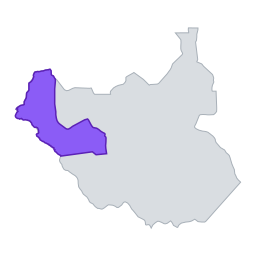 Western Bahr el Ghazal highlighted on a map of South Sudan
{"feature_id": "SDS-873", "entity_name": "Western Bahr el Ghazal", "entity_type": "State", "adm_level": 1, "iso_a3": "SSD", "parent_name": "South Sudan", "parent_adm1": "", "projection": "robinson", "projection_center": [25.577, 8.526], "detail": "fine", "context": "in_parent", "style": "filled", "palette": "violet", "viewbox_px": 256, "rotation_deg": 0, "n_neighbors": 0, "source": "natural_earth", "source_scale": "10m", "svg_char_len": 6729}
<svg xmlns="http://www.w3.org/2000/svg" viewBox="0 0 256 256"><path d="M214.6,211.4L206.4,220.7L205.8,221.3L204.8,222.0L201.4,222.0L198.0,221.6L194.8,219.2L191.6,221.0L189.6,221.6L188.3,221.8L185.5,222.1L181.4,223.1L179.6,224.4L178.6,225.4L177.8,227.2L177.4,227.4L176.7,227.2L175.6,226.5L173.5,225.4L172.4,223.1L171.4,221.7L170.6,220.9L167.2,223.3L165.5,223.8L164.1,223.7L161.7,222.4L158.9,221.3L157.5,221.3L155.4,222.7L153.0,224.8L151.8,226.9L151.2,228.1L150.3,226.2L149.5,225.0L148.4,224.6L146.1,225.0L145.5,224.4L145.4,222.8L145.1,221.3L144.5,220.2L142.7,219.1L138.1,216.8L134.6,212.3L132.9,210.3L131.6,208.9L129.7,205.4L127.6,203.0L125.1,201.8L123.5,202.4L121.7,205.0L118.5,207.4L117.0,207.5L115.1,206.2L112.7,205.2L108.4,204.8L106.7,206.0L104.3,207.9L102.4,209.0L101.2,209.1L100.0,208.7L98.7,208.4L97.6,208.4L95.3,206.7L94.1,205.4L93.3,204.2L92.0,203.4L90.5,202.7L89.4,201.6L88.9,200.3L88.0,198.6L86.9,197.0L83.4,194.2L82.4,192.6L81.7,191.0L80.2,189.2L78.7,186.9L78.2,183.4L78.1,180.6L77.8,179.3L77.2,178.0L76.4,176.9L75.2,175.7L72.3,173.9L69.4,171.8L68.0,170.6L65.3,170.2L63.7,169.0L62.3,166.4L61.8,164.3L60.4,162.7L59.8,161.5L59.5,160.1L60.6,156.0L59.0,154.5L56.7,152.6L55.0,150.6L54.0,148.7L51.0,146.2L44.5,142.4L40.8,140.0L38.7,137.8L36.9,135.7L36.7,134.9L37.9,132.8L38.1,131.0L37.1,129.1L33.2,125.5L30.1,121.6L27.8,120.3L22.1,119.2L20.5,118.8L18.8,118.0L17.1,116.3L16.5,114.1L17.4,110.8L16.8,109.7L15.9,109.5L16.2,108.8L17.2,107.1L19.0,106.1L23.6,104.4L23.9,103.7L24.0,101.6L24.4,100.6L26.0,97.7L26.2,96.5L26.3,94.0L26.5,92.9L27.0,92.0L28.3,90.6L28.7,89.7L28.9,87.8L28.8,84.0L29.4,82.5L32.4,79.1L33.2,77.6L33.4,76.2L33.4,74.8L33.6,73.5L34.5,72.1L35.2,71.7L37.4,71.3L38.8,71.6L49.2,69.2L50.4,69.6L50.9,70.9L50.9,73.2L51.1,74.2L51.6,75.0L53.3,76.0L54.4,77.8L55.0,78.4L56.7,79.7L64.4,89.7L66.5,90.7L68.6,90.4L72.8,88.3L74.9,87.7L89.5,88.3L91.2,88.0L91.3,88.0L93.5,93.1L94.6,94.3L110.6,94.3L110.3,92.9L110.5,91.3L113.3,88.2L113.7,87.8L116.2,86.3L118.6,85.3L123.3,84.2L125.0,82.4L125.9,80.7L125.9,77.4L126.5,76.8L127.6,76.1L133.0,73.1L133.9,72.5L143.4,79.4L148.8,84.8L149.1,85.0L149.4,85.1L149.7,84.9L149.9,84.7L150.6,84.5L152.9,84.4L157.2,84.1L158.6,83.5L167.2,73.8L169.4,70.7L169.9,70.1L171.2,67.9L172.5,64.1L172.8,63.7L182.2,54.6L182.5,53.9L182.6,53.3L181.1,50.3L180.8,48.7L180.8,46.4L181.0,42.6L180.9,40.3L180.8,39.7L180.7,39.5L175.4,32.9L188.7,32.8L188.7,32.0L188.7,31.7L188.4,30.9L188.3,29.8L188.3,29.2L188.4,28.7L188.4,28.4L188.3,28.1L188.4,27.9L198.0,28.0L197.9,29.9L196.8,34.4L196.8,37.0L196.5,40.1L196.2,41.0L195.7,41.7L195.6,42.1L195.6,42.4L197.7,59.4L197.5,60.1L197.0,61.2L196.9,61.5L196.8,61.8L197.1,62.0L201.5,63.8L201.9,64.1L203.5,66.2L212.3,74.3L212.6,74.7L213.5,77.2L213.6,77.6L213.7,78.2L213.6,78.7L213.4,80.2L213.5,80.9L213.7,81.4L213.8,81.9L213.8,82.0L213.7,82.4L212.4,85.3L212.0,87.4L211.9,89.2L212.0,90.2L212.1,90.8L212.2,91.1L212.4,91.2L216.1,91.2L216.1,92.1L216.7,107.5L216.7,109.2L216.6,111.4L216.1,112.2L215.1,113.4L213.7,114.6L210.3,114.8L207.5,114.8L205.5,114.6L202.8,114.5L200.2,114.7L199.2,115.6L195.9,123.8L194.8,125.8L194.5,127.0L194.9,127.7L196.2,128.8L199.1,130.2L202.5,131.1L205.0,131.4L206.7,131.8L208.0,132.3L212.8,136.0L214.3,137.7L215.2,139.2L215.4,140.8L216.1,142.5L220.5,147.6L224.6,150.0L226.2,152.7L227.8,154.0L229.2,155.4L230.0,157.5L231.8,163.7L233.1,166.9L234.3,169.5L234.8,173.8L235.8,175.7L236.8,178.1L238.5,180.2L240.3,181.8L240.6,182.2L222.8,202.2L214.6,211.4Z" fill="#d9dde1" stroke="#a8b0b8" stroke-width="1"/><path d="M18.2,118.6L17.4,118.4L17.1,118.2L16.5,117.9L16.0,117.4L15.6,116.9L15.4,116.2L15.4,115.4L15.7,114.7L16.8,112.5L17.0,112.3L17.8,111.6L18.0,111.4L17.9,111.2L17.3,110.7L17.2,110.3L17.3,110.0L17.6,109.4L17.7,109.1L17.3,108.9L16.6,108.9L16.3,108.9L16.5,108.4L17.8,107.3L18.4,106.9L20.6,105.4L21.0,105.3L22.9,105.0L23.9,104.7L24.1,104.5L24.2,104.4L24.2,101.9L24.3,101.5L26.2,98.0L26.2,97.7L26.3,97.6L26.6,93.2L26.8,92.8L26.9,92.6L27.5,92.0L28.8,90.4L28.9,89.9L28.9,89.6L28.9,83.5L29.0,83.0L29.1,82.9L29.4,82.8L29.6,82.7L29.8,82.6L30.0,82.5L30.7,81.9L31.4,81.4L31.6,81.0L32.2,80.2L32.4,79.9L32.6,79.6L32.8,79.2L32.9,78.8L33.4,77.6L33.7,76.9L33.7,76.6L33.6,76.3L33.4,75.8L33.4,75.7L33.4,75.3L33.4,75.0L34.5,72.6L34.7,72.3L34.8,72.2L35.2,72.0L35.5,71.9L36.3,71.9L36.5,71.8L37.0,71.6L37.3,71.6L37.5,71.6L37.8,71.5L38.2,71.5L38.3,71.6L38.5,71.7L38.8,71.7L39.1,71.6L39.3,71.6L39.5,71.6L40.1,71.4L40.4,71.4L40.5,71.3L40.8,71.3L41.0,71.2L41.5,71.0L42.0,71.0L42.8,71.0L43.0,70.9L43.3,70.9L44.8,70.3L45.7,70.0L45.8,70.0L46.4,70.0L46.9,69.9L47.2,69.8L47.3,69.8L48.1,69.8L48.3,69.8L48.5,69.8L48.9,69.5L49.8,69.3L50.0,69.2L50.1,69.3L51.0,70.5L51.1,70.8L51.3,74.5L51.5,74.9L51.6,75.0L52.4,75.5L52.7,75.7L53.2,75.8L53.3,75.9L53.4,76.0L53.5,76.1L54.8,78.5L55.0,78.8L55.3,79.1L55.4,81.0L54.7,88.9L54.7,104.0L55.8,111.7L55.8,114.9L56.3,118.0L57.0,120.6L58.2,122.6L59.4,123.8L66.0,128.7L66.9,129.0L67.5,129.1L68.1,129.1L68.6,129.0L69.1,128.7L70.4,128.0L72.6,126.3L84.7,119.8L87.6,119.0L88.5,120.0L91.1,124.9L92.3,126.7L92.8,127.2L93.1,127.4L93.5,127.6L96.6,128.2L97.5,128.7L99.0,129.7L100.7,131.2L103.2,132.7L104.1,133.1L104.7,133.5L105.0,134.0L105.0,134.6L104.8,135.2L104.7,135.7L104.8,136.1L105.6,136.8L105.9,137.4L106.0,138.3L105.9,142.0L105.6,145.6L105.8,148.4L106.6,153.7L96.3,154.7L96.1,154.7L95.8,154.6L95.6,154.4L92.4,151.8L61.5,156.0L60.9,156.1L60.9,155.6L59.9,155.0L58.7,154.5L58.0,154.1L57.7,153.7L56.9,153.0L56.3,152.1L55.9,152.0L55.6,151.9L55.1,151.5L54.9,151.3L54.8,151.0L54.8,150.7L54.7,150.5L54.7,150.3L54.7,150.2L54.8,150.0L54.7,150.0L54.4,150.0L54.2,149.9L54.0,149.4L53.9,148.2L53.8,147.7L52.9,147.6L52.7,147.6L52.6,147.4L52.6,147.2L52.3,147.0L51.9,146.9L51.7,146.9L51.0,146.5L50.9,146.2L50.9,145.8L50.8,145.6L50.5,145.5L49.5,145.4L49.2,145.2L49.1,144.9L49.1,144.6L49.0,144.4L48.4,144.3L48.2,144.3L47.9,143.9L47.7,143.8L47.3,143.8L47.2,143.8L46.7,143.3L46.3,143.2L45.0,142.8L44.7,142.6L43.8,141.7L43.5,141.5L43.2,141.4L42.8,141.5L42.3,141.3L41.5,140.6L40.3,140.0L40.1,139.7L39.9,139.4L39.8,139.1L39.6,138.4L39.5,138.1L39.3,138.0L39.0,137.9L38.8,137.7L38.7,137.6L38.5,137.2L38.4,137.1L38.1,136.9L36.9,136.2L36.5,135.0L36.4,134.6L36.4,134.4L36.8,133.9L38.2,133.4L38.6,132.9L38.7,132.5L38.7,132.2L38.5,131.9L38.5,131.5L38.5,130.5L38.5,130.2L38.4,129.8L38.1,129.2L37.9,128.5L37.7,128.1L37.5,127.8L36.9,127.6L36.7,127.4L36.1,127.2L35.8,127.2L35.2,127.3L34.9,127.4L34.3,127.1L33.7,126.6L32.7,125.4L32.5,125.2L32.4,125.1L32.2,125.0L32.1,124.8L32.1,124.4L31.7,123.9L31.6,123.1L31.4,122.7L29.7,120.9L29.1,120.6L27.9,120.4L27.2,120.0L26.8,120.0L26.4,120.0L25.3,119.7L23.9,120.0L23.3,120.0L22.6,119.5L22.4,119.5L22.3,119.4L22.2,119.2L21.6,118.5L20.9,118.6L19.6,119.1L19.2,118.7L18.9,118.6L18.6,118.6L18.2,118.6Z" fill="#8b5cf6" stroke="#5b21b6" stroke-width="1.5"/></svg>